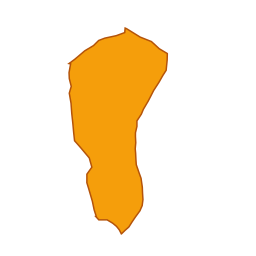 Kangarli District, Babək, Azerbaijan, rotated 153°
{"feature_id": "54616110B75082210580506", "entity_name": "Kangarli District", "entity_type": "district", "adm_level": 2, "iso_a3": "AZE", "parent_name": "Azerbaijan", "parent_adm1": "Babək", "projection": "equal_earth", "projection_center": [45.21, 39.448], "detail": "fine", "context": "isolated", "style": "filled", "palette": "amber", "viewbox_px": 256, "rotation_deg": 153, "n_neighbors": 0, "source": "geoboundaries", "source_scale": "gbopen_adm2", "svg_char_len": 1014}
<svg xmlns="http://www.w3.org/2000/svg" viewBox="0 0 256 256"><g transform="rotate(153 128 128)"><path d="M196.8,63.4L195.7,59.4L188.3,55.6L184.9,50.2L182.9,45.6L182.0,41.2L182.0,36.7L181.7,36.7L176.9,38.2L172.2,39.4L166.8,42.6L161.9,45.3L155.0,48.8L150.6,52.4L147.2,57.4L144.5,63.6L142.1,68.8L139.2,77.3L138.4,83.7L137.3,91.5L135.4,96.0L132.6,102.2L131.0,106.2L127.8,111.3L125.3,116.9L123.5,120.4L119.3,125.4L116.8,130.3L109.8,134.3L105.8,137.7L97.8,142.8L92.9,146.3L88.1,149.8L79.8,154.6L73.1,159.0L67.8,162.1L62.3,170.7L59.3,176.2L59.2,176.5L64.2,184.5L66.0,189.4L67.9,194.4L75.9,203.5L79.6,209.6L84.1,217.0L85.2,218.3L87.6,214.5L96.6,215.6L107.9,218.6L114.4,219.3L121.3,217.1L131.5,216.4L144.2,213.4L151.3,212.2L150.0,211.2L155.4,204.1L157.9,198.6L159.7,190.8L164.5,185.7L167.5,176.0L171.5,166.5L175.2,156.8L178.4,148.8L181.4,140.9L179.1,131.9L176.1,118.9L178.0,109.5L185.6,105.5L189.5,97.9L190.5,92.2L193.0,79.0L195.3,70.5L196.5,63.2L196.8,63.4Z" fill="#f59e0b" stroke="#b45309" stroke-width="1.5"/></g></svg>